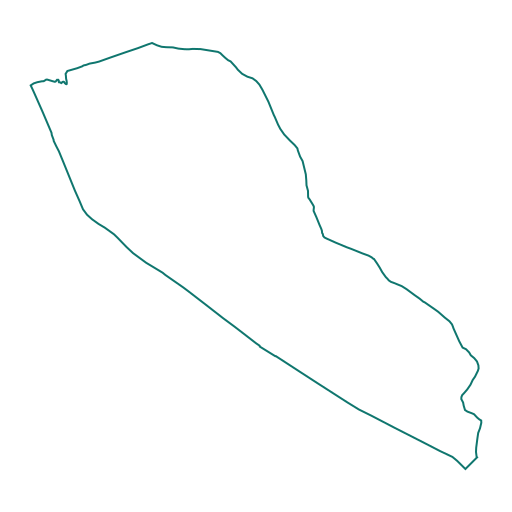 outline of Margina, Timis, Romania
{"feature_id": "2599482B95683361390026", "entity_name": "Margina", "entity_type": "district", "adm_level": 2, "iso_a3": "ROU", "parent_name": "Romania", "parent_adm1": "Timis", "projection": "equal_earth", "projection_center": [22.386, 45.873], "detail": "fine", "context": "isolated", "style": "outline", "palette": "teal", "viewbox_px": 512, "rotation_deg": 0, "n_neighbors": 0, "source": "geoboundaries", "source_scale": "gbopen_adm2", "svg_char_len": 2611}
<svg xmlns="http://www.w3.org/2000/svg" viewBox="0 0 512 512"><path d="M465.4,469.0L477.1,457.3L476.6,456.8L476.0,451.9L476.2,447.7L477.4,438.4L478.2,432.9L480.0,428.3L481.3,422.8L481.2,420.5L479.2,419.3L477.2,417.6L474.0,414.2L471.7,413.2L467.4,411.6L465.0,410.0L463.7,405.7L463.1,402.5L461.3,399.1L461.4,397.1L462.2,395.1L464.0,393.2L467.2,389.5L470.5,384.7L472.7,380.0L475.0,376.7L477.9,370.8L478.6,368.5L478.4,365.4L477.0,361.5L474.2,358.1L470.8,355.3L469.2,352.5L466.0,349.2L462.6,347.6L459.2,341.2L453.5,328.4L452.9,326.6L452.0,324.4L449.5,321.3L444.8,317.6L438.2,311.8L435.0,309.5L424.5,302.2L423.4,301.8L419.7,298.7L414.7,295.2L406.6,289.2L401.7,286.1L393.3,282.7L391.0,281.9L388.8,280.4L387.4,278.7L385.8,277.1L382.2,272.1L379.7,267.6L377.1,263.5L374.0,259.0L373.5,258.9L371.6,257.3L368.5,255.6L362.4,253.4L351.0,248.8L346.6,247.2L335.6,242.6L326.7,238.6L324.5,237.5L323.2,236.0L322.8,234.0L322.1,232.9L321.9,230.7L321.2,228.7L319.6,225.1L316.4,217.2L313.6,210.9L313.7,209.1L313.9,207.7L313.8,206.4L313.0,204.9L310.9,201.5L309.7,199.5L308.3,197.7L308.1,196.5L308.0,190.9L306.5,185.3L306.3,180.4L305.8,174.3L302.6,161.1L300.1,156.6L297.8,150.3L297.4,148.4L294.7,145.1L289.8,140.4L284.2,134.5L280.3,128.9L278.0,124.5L274.8,117.0L273.8,115.0L268.4,101.7L262.5,89.9L259.4,84.6L256.3,81.1L252.5,78.3L247.4,76.7L242.1,73.8L237.8,69.7L236.0,67.3L230.6,61.4L228.1,60.2L225.2,57.8L222.5,55.3L220.4,53.2L218.0,51.9L200.6,49.1L192.8,48.9L188.6,49.3L184.4,49.2L178.4,48.6L172.9,47.4L166.2,47.2L161.6,46.8L157.0,45.3L152.0,43.0L147.9,44.4L138.0,48.1L125.5,52.3L110.5,57.5L99.0,61.6L95.1,62.6L89.6,63.6L86.4,64.8L84.9,65.2L84.3,65.2L83.1,65.7L82.3,66.3L77.2,68.2L71.6,69.8L67.4,71.0L65.6,73.9L65.9,75.9L66.1,78.7L66.6,80.9L66.8,82.7L66.7,84.0L66.4,84.2L65.8,84.0L64.7,83.0L64.0,81.9L63.5,81.7L62.5,81.9L61.7,82.8L61.3,83.1L60.8,82.8L60.3,82.4L59.0,82.3L58.7,81.6L58.8,80.7L58.3,79.8L57.0,79.8L55.8,81.4L54.9,81.8L52.6,81.2L47.3,79.6L46.2,79.6L45.3,80.2L43.7,81.2L41.8,81.3L37.3,82.2L33.7,83.4L30.7,85.4L32.6,89.4L34.5,93.6L42.6,111.9L51.5,132.8L51.8,135.0L53.6,139.8L53.7,140.9L56.3,146.3L58.9,151.3L63.5,162.5L74.9,190.6L79.6,201.2L83.0,209.3L87.0,214.7L92.1,219.3L98.5,223.9L105.0,227.8L114.0,234.3L117.6,237.8L126.3,246.8L133.0,253.1L146.2,262.8L150.7,265.5L162.6,272.7L165.4,275.0L183.2,287.4L188.4,291.3L207.2,305.8L223.1,318.2L234.6,326.7L256.1,343.3L259.6,345.7L259.8,346.6L275.3,356.2L275.8,356.1L290.4,365.6L301.3,372.7L317.5,383.2L347.7,402.6L358.9,409.5L371.4,415.7L394.6,427.8L426.0,443.8L439.9,451.0L450.9,456.2L452.4,456.9L457.1,460.8L465.4,469.0Z" fill="none" stroke="#0f766e" stroke-width="2"/></svg>